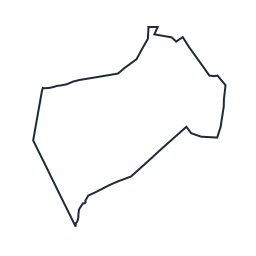 Magdalena Peñasco, Oaxaca, Mexico, rotated 6°
{"feature_id": "50627088B16316446425098", "entity_name": "Magdalena Peñasco", "entity_type": "district", "adm_level": 2, "iso_a3": "MEX", "parent_name": "Mexico", "parent_adm1": "Oaxaca", "projection": "robinson", "projection_center": [-97.559, 17.235], "detail": "fine", "context": "isolated", "style": "outline", "palette": "slate", "viewbox_px": 256, "rotation_deg": 6, "n_neighbors": 0, "source": "geoboundaries", "source_scale": "gbopen_adm2", "svg_char_len": 1157}
<svg xmlns="http://www.w3.org/2000/svg" viewBox="0 0 256 256"><g transform="rotate(6 128 128)"><path d="M39.1,97.1L38.5,100.6L38.0,107.7L37.8,111.3L37.5,114.9L37.3,117.5L36.5,128.7L35.0,150.3L35.5,151.1L51.5,176.4L61.2,191.9L86.2,231.5L86.1,229.8L86.0,228.3L86.7,227.3L87.2,226.4L87.6,224.9L87.9,222.7L87.9,220.9L87.7,219.2L87.7,217.5L87.8,216.3L87.7,214.9L88.0,213.7L88.8,212.0L89.3,211.1L91.1,207.6L92.9,207.4L93.6,206.1L93.2,204.7L93.8,203.3L95.4,199.7L95.5,199.4L102.4,195.3L112.4,188.7L116.0,186.4L123.3,182.3L131.3,178.3L136.1,175.9L152.4,157.8L163.7,145.0L179.2,128.1L185.2,121.5L185.9,120.7L191.4,126.6L201.6,129.0L217.7,128.2L220.0,117.2L221.0,96.5L220.4,90.0L220.5,75.2L211.5,66.5L208.4,67.4L203.5,67.4L202.0,65.7L199.8,63.2L196.6,59.5L180.3,41.2L172.9,31.9L166.9,37.0L166.8,36.9L162.0,33.3L144.4,32.1L147.0,24.5L141.5,25.0L139.5,25.3L137.7,25.4L137.9,26.8L138.3,34.4L138.4,37.3L135.3,44.3L134.0,47.3L130.7,55.3L129.3,58.7L121.9,65.4L118.2,68.7L114.1,73.1L112.3,74.9L104.5,77.1L87.9,81.7L80.6,83.7L75.0,85.2L68.5,87.6L62.3,91.0L56.7,92.7L53.2,93.5L48.3,95.5L45.3,96.4L40.8,97.2L39.1,97.1Z" fill="none" stroke="#1e293b" stroke-width="2"/></g></svg>